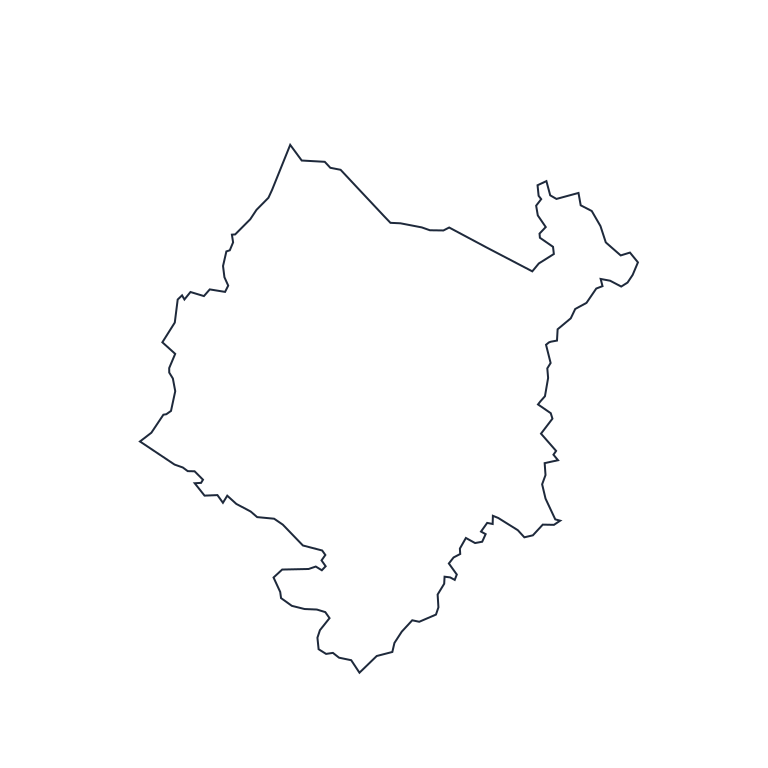 Barranquitas, Puerto Rico (Robinson projection), rotated 300°
{"feature_id": "32010507B21184218191895", "entity_name": "Barranquitas", "entity_type": "district", "adm_level": 2, "iso_a3": "PRI", "parent_name": "Puerto Rico", "parent_adm1": "", "projection": "robinson", "projection_center": [-66.311, 18.201], "detail": "fine", "context": "isolated", "style": "outline", "palette": "slate", "viewbox_px": 768, "rotation_deg": 300, "n_neighbors": 0, "source": "geoboundaries", "source_scale": "gbopen_adm2", "svg_char_len": 2266}
<svg xmlns="http://www.w3.org/2000/svg" viewBox="0 0 768 768"><g transform="rotate(300 384 384)"><path d="M212.2,201.4L209.5,242.9L211.1,251.5L210.4,257.6L213.7,263.6L210.6,275.1L206.9,275.0L203.4,269.7L197.6,284.4L204.5,295.3L200.6,303.9L208.9,304.1L206.3,316.1L206.9,332.3L205.3,340.7L212.4,356.2L211.6,366.7L203.6,394.5L208.9,413.7L206.6,418.7L200.0,418.1L197.0,424.6L191.6,423.3L191.8,416.2L186.1,411.2L172.4,388.6L161.2,385.1L152.0,398.1L147.1,401.9L145.8,415.1L149.4,427.7L155.1,438.6L157.1,447.2L154.0,453.9L138.8,451.6L131.0,453.2L121.6,460.0L121.3,468.8L125.6,474.2L124.5,481.9L128.4,493.7L121.7,507.1L144.8,513.7L156.1,525.2L165.0,522.5L178.4,523.2L193.5,526.6L195.7,533.4L210.3,544.3L217.8,542.8L228.5,535.7L241.1,536.0L247.4,532.8L249.6,538.0L249.7,543.2L255.4,542.3L261.0,529.9L268.6,531.0L274.9,535.0L279.4,532.0L291.6,531.9L291.8,542.4L296.5,547.9L304.8,547.1L304.7,541.8L315.3,542.8L317.1,548.1L324.3,544.2L325.1,549.9L324.3,573.0L321.4,582.2L327.4,588.6L341.6,591.8L347.0,601.6L353.7,604.9L352.4,600.0L365.5,581.2L376.2,571.1L385.9,569.4L395.8,562.7L405.0,572.8L407.5,566.1L412.1,566.5L419.5,544.8L438.2,547.2L442.1,543.0L443.3,527.6L447.0,528.1L453.9,529.5L471.3,523.1L479.2,517.6L485.5,517.8L499.0,504.7L502.6,506.1L504.1,507.4L508.1,512.1L518.2,507.0L534.3,512.9L544.6,512.1L555.5,518.8L572.8,520.1L578.0,524.3L583.3,519.1L586.5,528.2L587.0,540.7L593.6,544.2L602.8,544.8L616.3,543.1L620.8,531.3L613.7,524.7L617.5,505.3L629.0,492.5L637.7,477.4L637.1,465.0L646.7,456.9L630.5,440.8L630.5,433.6L640.9,423.2L632.9,417.6L624.3,423.8L622.7,427.7L614.5,426.6L606.9,432.9L600.8,445.6L592.0,443.5L588.6,445.9L587.3,461.8L581.5,466.1L565.8,457.8L555.7,456.1L553.5,404.0L552.1,362.2L546.7,358.7L540.1,346.9L538.5,338.4L531.4,317.9L526.8,309.0L529.3,300.4L540.6,263.0L547.8,239.3L544.4,229.4L546.8,221.6L536.4,201.0L544.2,183.2L496.2,190.0L487.5,190.8L471.1,186.5L459.8,185.8L439.1,180.3L437.3,177.6L431.2,182.5L422.7,183.6L420.0,181.2L405.7,185.6L396.7,192.4L391.3,199.9L384.3,200.3L378.8,185.8L370.1,184.1L366.9,170.4L357.4,168.9L359.8,164.8L354.0,163.1L332.6,172.1L309.3,171.2L305.7,188.1L290.4,190.0L286.5,192.3L283.2,198.4L273.4,206.8L254.2,213.0L249.0,210.6L247.1,208.3L225.5,206.9L212.2,201.4Z" fill="none" stroke="#1e293b" stroke-width="2"/></g></svg>